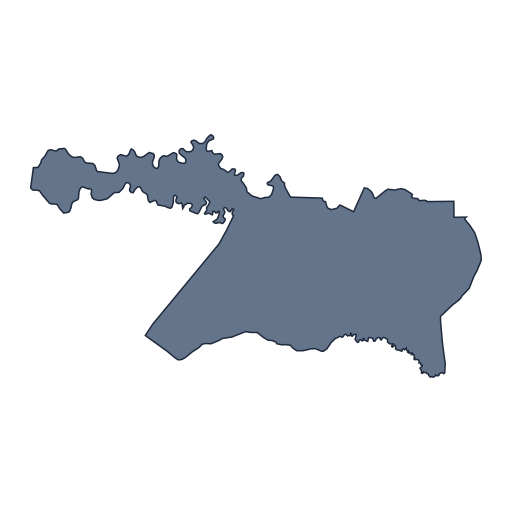 the district of Kandal Stueng, Kândal, Cambodia
{"feature_id": "14789045B57201426085250", "entity_name": "Kandal Stueng", "entity_type": "district", "adm_level": 2, "iso_a3": "KHM", "parent_name": "Cambodia", "parent_adm1": "Kândal", "projection": "natural_earth1", "projection_center": [104.8, 11.397], "detail": "fine", "context": "isolated", "style": "filled", "palette": "slate", "viewbox_px": 512, "rotation_deg": 0, "n_neighbors": 0, "source": "geoboundaries", "source_scale": "gbopen_adm2", "svg_char_len": 6073}
<svg xmlns="http://www.w3.org/2000/svg" viewBox="0 0 512 512"><path d="M145.3,335.5L167.2,351.3L174.9,357.7L177.9,359.8L180.0,359.8L182.2,359.3L185.5,357.4L192.6,351.6L198.5,347.9L202.4,344.1L206.0,343.5L210.9,343.8L218.7,340.6L222.3,338.5L232.0,337.0L245.6,331.6L250.2,332.4L257.2,332.5L263.2,337.3L268.2,340.3L272.7,340.5L273.4,341.2L275.6,341.8L276.9,343.8L282.5,344.9L284.7,344.6L290.4,345.2L292.3,347.6L296.6,350.7L303.2,350.7L310.3,349.0L315.2,348.6L321.5,351.2L323.4,351.3L326.9,348.8L331.1,342.6L335.6,338.3L337.5,337.7L339.1,336.4L342.6,337.2L344.5,334.6L346.0,334.3L347.4,335.9L348.4,335.5L349.6,335.8L350.3,335.2L350.6,333.4L351.4,333.9L351.7,336.1L352.5,336.1L353.8,334.6L356.1,334.3L356.2,335.2L355.1,339.5L357.4,342.4L358.5,342.1L359.4,340.0L360.4,339.7L362.0,340.9L362.9,340.6L363.2,338.5L364.0,338.8L364.5,340.1L367.7,341.4L368.6,337.8L369.7,337.5L372.6,338.2L373.7,341.2L375.0,341.1L376.5,338.5L377.3,337.9L379.0,337.4L379.9,337.8L380.3,339.4L381.1,340.0L383.0,337.5L383.8,337.5L387.0,338.9L387.6,340.7L387.6,342.2L389.9,343.9L393.1,343.9L392.8,344.8L391.9,345.5L391.6,346.6L392.5,347.1L394.6,345.1L395.6,346.1L395.5,348.7L396.6,349.9L397.5,349.8L401.9,351.2L402.2,349.2L403.6,349.1L404.5,349.8L406.3,348.1L406.4,349.6L406.9,350.5L407.8,351.5L408.4,350.8L408.9,351.8L408.0,352.4L408.9,353.1L411.0,352.9L411.2,354.3L412.4,353.3L412.5,354.7L413.4,354.4L414.1,355.1L414.3,357.3L414.9,357.9L413.9,358.8L414.4,359.6L418.3,359.6L419.2,361.6L419.0,363.1L420.2,363.0L420.8,363.5L420.9,364.9L422.3,365.3L421.9,366.6L420.0,368.1L421.1,369.9L421.6,371.9L421.5,373.1L422.5,373.3L423.1,372.0L423.8,372.5L426.0,372.4L426.4,373.3L428.1,374.0L429.1,375.9L430.5,377.1L431.1,376.6L433.5,377.2L435.4,375.9L435.6,374.9L437.6,375.9L438.9,375.4L439.0,374.2L440.9,372.8L441.8,372.5L443.5,373.6L444.7,373.0L445.2,363.6L442.5,343.6L440.5,320.6L440.5,316.4L452.9,304.6L458.5,300.4L460.6,298.3L462.0,295.8L469.2,288.4L473.9,276.3L477.0,270.7L480.7,261.8L481.3,259.6L480.8,254.2L477.9,242.2L474.6,232.6L469.8,225.3L464.7,219.1L464.9,218.2L466.2,217.1L454.0,217.3L453.8,201.3L426.9,201.6L426.5,200.8L424.6,200.3L419.1,200.6L417.8,198.6L413.0,198.2L411.6,196.8L412.4,194.5L410.9,193.3L404.7,189.4L401.4,188.8L398.3,189.1L395.2,190.1L387.9,189.2L385.2,190.9L376.1,198.3L374.1,197.8L372.8,194.1L371.0,191.3L367.5,188.5L364.3,187.9L353.6,211.7L340.3,205.1L339.5,205.3L337.0,208.2L331.5,209.6L328.2,208.4L326.9,206.7L325.6,201.8L323.3,201.0L322.1,198.1L290.5,197.1L285.5,188.2L284.5,185.5L284.5,183.0L282.7,181.9L281.5,180.3L279.9,176.6L277.6,174.4L275.0,175.2L271.5,180.1L270.3,181.3L267.7,182.5L267.2,183.4L267.8,184.8L272.8,185.9L273.4,187.0L273.5,188.5L272.1,192.9L271.5,194.5L269.6,196.5L268.6,197.3L265.3,197.4L260.6,198.7L252.0,195.9L247.0,191.8L246.3,187.8L243.2,183.0L241.2,180.9L241.4,178.1L243.5,176.1L243.9,173.1L242.7,172.5L240.5,172.9L237.3,175.3L234.7,175.4L234.5,174.0L235.5,170.4L234.8,169.0L232.2,168.9L228.8,172.2L227.7,172.2L223.7,169.5L220.5,168.3L218.6,165.4L218.5,163.6L222.0,159.0L222.8,156.7L221.9,154.7L220.4,153.6L214.7,154.1L213.2,153.4L212.2,151.9L211.9,150.6L207.8,151.4L206.7,150.8L206.2,148.7L206.6,144.8L207.3,143.1L208.9,140.8L213.4,139.0L213.7,137.5L212.9,135.9L211.2,134.8L209.8,135.2L206.5,138.8L205.1,141.7L202.4,143.6L199.2,143.5L195.7,140.7L194.0,140.2L192.0,140.7L190.9,142.1L193.0,145.4L193.7,147.5L192.9,149.7L191.6,151.1L189.9,151.8L186.0,151.6L183.1,148.7L180.9,148.7L179.1,150.6L179.2,152.9L181.9,155.7L184.6,157.6L185.9,159.6L185.9,161.7L184.6,163.2L182.3,163.3L178.4,162.1L176.5,159.3L176.8,154.2L174.9,153.0L173.2,152.7L167.7,156.0L166.2,156.3L164.1,155.7L162.3,156.2L160.2,158.2L159.0,160.6L158.6,166.4L157.5,168.3L155.5,168.2L153.7,166.8L152.7,164.7L152.4,162.3L154.2,157.1L154.3,155.2L153.3,153.6L149.2,152.5L143.8,156.4L141.2,157.4L139.4,157.2L137.1,156.4L135.8,154.7L134.8,152.0L133.6,150.3L131.3,148.9L130.5,150.0L129.4,153.1L127.4,155.8L125.6,156.1L120.8,154.6L118.8,155.5L117.8,156.6L117.1,158.0L119.4,164.3L119.3,165.7L118.3,169.0L116.8,171.6L115.0,172.9L112.5,173.4L97.8,171.6L96.7,170.9L94.9,165.4L92.9,163.5L86.0,162.9L84.5,161.7L82.8,158.4L80.5,156.7L74.5,157.5L72.0,156.9L68.5,153.9L65.6,149.3L64.3,148.4L59.2,148.9L57.7,149.7L57.0,150.8L55.7,151.0L50.8,149.7L49.1,150.1L47.7,151.0L45.2,155.7L41.5,160.0L40.7,163.1L38.4,166.8L37.3,167.5L33.4,167.6L30.7,187.5L31.1,188.6L33.2,190.2L35.6,190.0L39.5,190.8L42.8,195.5L49.4,203.2L51.3,204.0L56.1,204.1L57.7,205.2L59.6,208.6L63.7,213.1L67.8,212.4L69.5,211.6L71.1,207.5L71.8,203.7L72.6,202.5L73.6,201.5L77.1,200.0L78.4,198.7L79.0,191.9L79.8,189.3L81.6,187.1L82.7,186.9L88.6,189.1L89.6,188.5L90.6,188.9L91.2,189.5L91.6,191.5L91.0,193.9L92.4,198.0L94.3,199.4L98.1,200.4L100.8,200.4L107.2,198.8L114.4,192.6L119.0,192.4L122.8,188.6L125.3,183.6L126.6,182.6L129.0,183.0L130.3,185.1L130.6,186.2L129.6,189.1L129.6,190.3L129.9,191.3L131.4,192.5L133.2,192.7L135.3,189.1L137.7,187.0L139.0,186.8L140.4,187.4L142.3,191.1L143.8,192.5L146.1,193.6L147.3,195.0L148.3,200.7L150.0,202.5L154.6,200.3L156.0,200.8L157.9,205.0L165.1,206.2L167.2,207.4L170.5,208.3L171.9,207.1L173.4,202.2L173.4,197.7L174.0,196.1L174.9,195.3L175.7,195.5L176.7,196.6L176.9,197.5L176.0,199.4L175.9,201.2L176.6,202.8L178.9,203.7L181.5,202.9L182.2,204.3L182.7,208.6L183.7,207.1L184.2,205.1L186.0,204.5L187.2,203.1L191.2,203.6L192.0,204.5L192.3,205.9L190.8,208.1L189.6,208.9L189.7,210.3L190.3,211.1L196.9,213.7L197.8,213.6L199.1,212.1L202.0,206.2L205.7,204.5L206.3,203.6L206.4,202.2L203.8,198.3L205.2,197.0L209.9,201.7L208.7,204.6L206.6,207.5L206.7,210.3L204.5,213.4L205.1,214.2L208.9,213.2L212.2,214.9L212.7,214.1L213.0,211.2L214.8,211.7L215.7,212.9L217.4,212.8L218.1,211.3L219.3,211.6L219.1,214.5L217.0,219.3L213.1,221.7L213.8,222.6L215.7,223.3L220.0,222.5L221.8,223.5L222.8,223.4L224.8,221.0L225.3,218.9L223.6,217.6L223.0,216.0L224.5,213.3L224.8,211.7L223.5,208.8L224.2,207.8L225.4,207.6L226.5,208.3L227.7,210.4L229.5,211.7L230.3,211.6L231.7,209.3L232.8,208.8L233.8,209.5L232.3,212.3L232.1,213.9L232.6,215.0L233.6,215.7L226.1,231.0L219.0,243.9L152.7,324.2L145.3,335.5Z" fill="#64748b" stroke="#1e293b" stroke-width="1.5"/></svg>